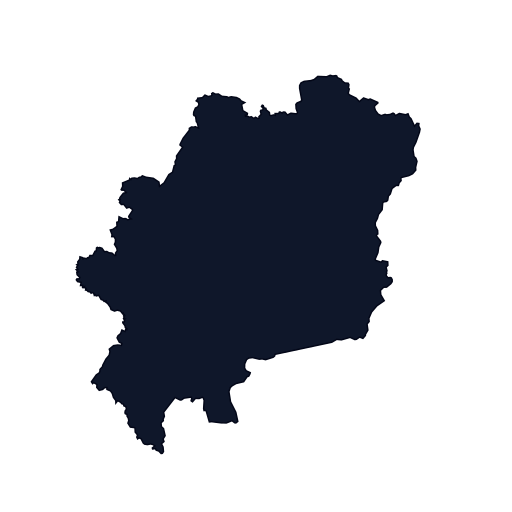 the district of Natagaima, Tolima, Colombia, rotated 346°
{"feature_id": "7082276B16857235626689", "entity_name": "Natagaima", "entity_type": "district", "adm_level": 2, "iso_a3": "COL", "parent_name": "Colombia", "parent_adm1": "Tolima", "projection": "orthographic", "projection_center": [-75.144, 3.531], "detail": "fine", "context": "isolated", "style": "filled", "palette": "ink", "viewbox_px": 512, "rotation_deg": 346, "n_neighbors": 0, "source": "geoboundaries", "source_scale": "gbopen_adm2", "svg_char_len": 6042}
<svg xmlns="http://www.w3.org/2000/svg" viewBox="0 0 512 512"><g transform="rotate(346 256 256)"><path d="M198.3,412.1L198.6,402.7L196.0,391.3L196.9,381.0L199.2,377.4L201.6,376.1L205.8,374.9L213.6,375.0L218.1,371.0L219.9,370.8L221.6,368.9L222.2,367.8L218.7,365.0L217.8,362.0L218.9,358.0L221.8,354.2L224.2,353.3L228.0,353.7L234.2,356.9L237.1,357.3L240.2,358.9L248.1,358.4L249.8,357.6L250.7,356.0L308.7,358.0L314.1,356.4L318.6,358.0L327.6,357.7L331.7,361.0L333.3,361.1L336.9,359.7L339.8,361.8L342.9,359.6L343.2,358.5L346.6,355.0L347.3,348.9L349.9,347.0L350.4,343.8L354.6,338.3L361.2,333.6L369.6,330.4L367.7,323.8L368.4,319.5L372.3,317.2L375.2,317.8L380.1,315.5L381.9,313.9L382.4,312.0L382.0,310.0L381.0,309.3L379.0,309.2L377.7,307.0L377.8,305.4L378.7,304.5L378.7,303.0L379.5,302.1L379.5,298.3L381.7,297.0L382.4,293.5L377.5,291.2L376.0,292.3L371.2,289.3L370.7,288.1L375.1,282.3L377.3,276.9L380.3,273.2L380.4,271.9L377.7,265.6L378.5,264.3L379.5,264.1L380.2,260.6L379.1,255.5L379.8,252.4L382.9,248.9L384.9,245.3L389.6,241.6L391.7,235.4L392.6,234.4L395.9,234.6L397.3,233.7L398.9,229.9L401.3,228.3L404.3,223.4L409.0,221.4L411.2,222.0L412.6,219.6L415.0,218.0L415.3,215.7L416.1,215.0L423.7,215.0L427.8,214.1L431.8,211.3L432.3,208.6L435.1,203.1L434.8,199.8L433.4,197.7L434.0,191.0L435.0,188.6L438.7,184.3L444.5,175.5L445.9,172.5L445.3,169.1L446.1,166.9L444.3,166.2L441.2,168.4L439.6,160.2L438.3,158.2L437.9,154.8L435.3,155.1L429.6,152.4L425.3,153.5L424.5,151.4L423.5,150.5L420.4,151.1L416.9,150.7L415.5,149.8L411.4,150.1L408.8,147.8L407.1,143.7L406.9,140.5L407.5,139.0L411.3,137.0L411.3,136.4L404.8,131.3L402.8,131.5L398.6,128.7L393.6,131.2L391.3,127.0L385.6,122.2L384.8,120.5L386.9,116.5L386.3,115.4L387.6,112.2L387.2,110.6L384.0,109.6L381.9,106.9L381.6,105.3L378.1,102.6L377.9,100.9L377.2,100.3L374.0,99.9L371.7,98.6L367.9,99.2L359.4,96.7L355.2,98.8L351.8,99.1L344.9,98.2L341.6,98.9L339.6,101.1L338.9,103.8L338.1,115.8L337.0,116.8L332.9,117.4L331.4,118.5L330.6,122.7L331.0,126.6L330.6,127.5L329.5,127.8L324.4,125.9L320.6,126.8L318.9,123.4L317.2,122.9L316.1,123.7L314.1,122.0L313.3,122.1L312.7,123.3L309.0,122.4L308.7,124.2L307.3,123.4L304.2,123.4L303.4,122.5L303.7,119.9L301.3,116.8L301.3,115.1L299.7,114.2L299.4,111.8L298.6,111.2L297.5,112.2L298.6,114.4L298.4,115.3L297.7,115.9L296.0,115.8L295.3,116.6L295.3,119.8L292.5,121.6L292.4,123.1L291.2,123.1L289.0,121.2L287.3,122.1L285.1,119.7L283.4,119.8L281.7,118.4L279.6,117.9L279.7,116.6L281.7,116.7L282.2,115.5L278.4,111.8L278.7,105.4L282.2,104.4L279.1,101.9L278.0,99.7L275.4,97.5L270.5,95.5L267.2,95.5L266.4,94.5L261.5,92.8L258.7,89.7L255.9,89.2L253.6,87.2L252.3,87.7L252.2,89.4L250.9,89.8L248.2,89.7L245.4,87.5L242.3,89.4L237.6,88.8L237.3,89.7L235.5,91.0L237.3,92.9L237.3,95.2L235.6,97.2L233.0,97.8L230.4,101.3L229.6,103.7L229.8,104.7L231.2,105.8L230.6,111.2L231.2,112.4L231.3,118.0L228.3,115.8L227.1,116.0L224.6,115.2L222.2,116.0L221.8,117.8L213.8,124.1L209.4,129.2L209.1,129.9L211.2,132.6L203.1,139.7L202.6,142.3L200.2,145.0L199.9,148.3L198.5,148.5L195.3,154.5L191.2,155.9L184.5,162.8L179.2,165.1L179.7,160.8L175.2,155.8L168.2,152.9L165.1,150.7L163.3,151.7L161.9,151.4L159.7,152.2L157.0,150.9L154.3,150.5L153.2,151.5L152.2,150.3L151.6,151.7L144.2,152.8L143.5,156.2L141.2,159.0L141.6,159.6L143.9,160.2L145.4,163.1L142.5,163.0L138.6,166.0L137.7,167.0L137.9,168.2L136.6,168.2L137.4,170.2L136.5,171.1L137.8,173.5L140.2,173.9L142.1,178.2L144.9,178.0L147.3,180.8L147.2,182.0L142.1,186.7L142.1,187.9L143.9,189.8L140.2,189.8L138.7,188.2L135.9,187.6L132.6,184.8L131.0,189.4L129.1,189.6L128.3,193.6L123.7,195.5L120.9,195.5L121.5,200.5L120.7,202.3L122.9,202.9L123.7,205.7L122.9,208.6L121.5,210.4L122.8,214.7L122.7,217.2L120.4,219.2L120.0,221.5L119.1,221.4L116.9,218.3L114.1,217.3L112.3,215.5L110.0,215.2L108.4,211.2L106.3,209.9L105.0,210.0L104.1,209.2L103.2,209.6L102.3,212.3L101.0,212.4L97.7,216.1L95.0,215.3L93.1,217.4L92.2,216.9L90.9,217.6L88.9,216.6L87.5,217.0L87.6,215.8L85.0,214.2L84.2,216.5L81.6,218.6L81.5,220.6L80.0,221.1L80.8,222.0L79.1,223.6L79.9,225.8L78.3,225.8L79.8,228.3L78.2,228.3L77.9,230.9L79.9,234.2L78.9,235.4L76.7,234.9L75.9,235.7L76.7,237.7L80.0,239.3L78.6,242.2L80.7,242.6L80.1,244.3L80.5,245.0L82.1,244.4L81.8,245.1L83.2,246.3L82.4,247.8L83.7,248.4L84.5,249.9L86.3,250.7L87.0,252.2L88.1,251.8L89.5,252.8L89.6,255.1L90.6,254.6L91.3,256.1L93.9,256.1L95.2,260.7L96.8,261.7L97.7,263.4L99.6,263.3L99.1,264.4L100.6,266.3L102.2,270.3L102.4,272.9L105.4,275.2L108.3,275.0L111.2,276.6L112.7,279.9L113.1,279.6L113.0,280.2L114.0,280.9L113.3,281.7L114.1,282.3L112.9,283.1L113.2,284.1L112.3,284.7L112.7,285.6L113.4,285.6L112.6,286.2L112.8,287.4L112.1,288.1L110.8,287.8L110.6,288.6L112.0,291.9L111.9,293.9L112.9,295.1L112.1,295.5L112.5,296.1L111.6,296.0L110.6,297.6L108.0,295.4L105.9,298.5L102.8,300.0L101.4,301.8L102.5,306.5L104.7,308.4L103.8,310.2L100.3,308.9L96.1,308.5L91.1,310.9L91.2,313.4L89.5,316.8L85.5,319.7L80.8,325.0L80.6,326.0L77.2,328.3L76.7,330.1L75.6,331.5L72.3,332.7L65.9,338.2L66.6,340.3L67.9,339.6L70.6,342.2L69.7,345.0L71.4,348.4L74.9,348.4L77.3,347.1L79.5,347.6L79.1,349.4L82.2,351.7L83.3,354.6L83.5,358.7L85.0,362.3L84.5,364.7L86.7,363.0L87.2,363.2L89.4,365.3L90.0,366.8L91.6,367.8L91.6,369.5L93.2,370.5L93.3,373.2L91.6,374.7L90.9,376.6L91.1,377.5L92.5,378.4L92.2,380.5L92.8,382.0L92.8,384.8L91.3,387.2L92.7,391.6L96.5,393.1L97.0,393.8L96.2,397.7L97.8,401.0L96.5,402.9L96.9,404.8L98.4,404.1L100.3,405.5L101.4,410.3L102.4,411.6L105.0,412.7L108.4,412.9L110.6,414.2L111.9,415.8L109.0,417.2L109.0,418.2L111.8,418.6L112.2,420.3L114.5,421.7L116.2,424.7L117.4,424.8L118.9,423.4L119.6,418.8L118.8,415.3L121.8,413.8L121.6,411.0L124.3,408.4L124.5,401.1L122.9,398.7L123.5,394.9L126.2,393.4L126.4,391.9L128.3,389.4L128.6,385.2L143.2,373.7L147.6,377.4L148.9,377.6L151.8,376.5L158.8,377.2L159.3,378.5L158.0,380.8L159.1,382.1L162.8,379.5L166.3,380.5L169.7,380.1L170.4,380.6L170.8,383.5L168.3,391.4L168.2,393.4L169.6,393.6L170.2,394.5L170.6,405.7L172.9,406.0L181.7,409.4L186.9,410.8L192.9,410.0L195.0,412.7L196.1,413.1L198.3,412.1Z" fill="#0f172a" stroke="#020617" stroke-width="1.5"/></g></svg>